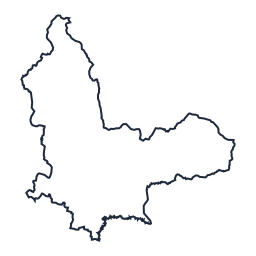 Chawang, Nakhon Si Thammarat, Thailand
{"feature_id": "78962969B73992602803930", "entity_name": "Chawang", "entity_type": "district", "adm_level": 2, "iso_a3": "THA", "parent_name": "Thailand", "parent_adm1": "Nakhon Si Thammarat", "projection": "albers", "projection_center": [99.536, 8.499], "detail": "fine", "context": "isolated", "style": "outline", "palette": "slate", "viewbox_px": 256, "rotation_deg": 0, "n_neighbors": 0, "source": "geoboundaries", "source_scale": "gbopen_adm2", "svg_char_len": 5754}
<svg xmlns="http://www.w3.org/2000/svg" viewBox="0 0 256 256"><path d="M229.7,160.8L231.4,160.0L232.4,158.8L231.5,155.8L231.7,153.9L231.2,152.1L232.0,150.1L232.8,149.5L233.2,147.2L234.0,146.4L234.5,145.1L234.6,143.9L233.2,142.2L233.6,140.0L228.0,139.8L224.6,138.1L222.7,135.8L220.4,134.6L218.6,132.5L218.3,128.6L217.4,127.0L213.0,122.2L211.2,121.8L210.5,120.4L204.0,118.5L199.1,117.8L198.4,117.2L197.8,115.5L195.6,114.7L192.1,114.5L190.2,113.5L188.8,113.7L184.6,118.6L183.9,120.0L181.8,120.7L180.5,122.5L178.5,123.0L176.9,124.1L176.5,125.3L175.0,127.0L175.1,128.3L172.9,129.0L170.3,128.7L168.2,131.6L167.7,131.6L167.3,130.9L165.8,131.4L164.7,129.2L163.6,129.6L163.0,129.0L159.9,128.2L158.3,128.6L155.7,128.2L152.1,134.9L149.9,137.1L149.1,139.3L147.7,139.4L145.7,138.7L143.0,140.7L139.9,138.8L140.7,134.5L139.9,130.6L139.0,129.1L136.1,129.2L134.2,129.9L130.9,129.0L126.4,124.2L123.6,124.0L121.5,125.8L120.8,127.1L118.8,128.4L116.9,128.2L113.4,129.0L110.9,128.8L109.2,129.9L107.7,129.5L106.4,128.3L103.9,127.7L103.6,127.1L103.8,124.2L103.1,122.0L103.3,121.0L101.4,117.9L101.8,116.7L100.6,108.0L99.6,105.4L99.3,101.8L98.0,98.7L98.1,94.3L99.0,92.6L99.0,89.3L99.3,88.5L98.6,86.3L98.3,82.8L97.5,82.1L97.3,79.9L96.7,79.3L96.1,79.4L94.3,80.6L92.7,80.5L92.0,79.0L90.4,77.7L89.3,74.3L89.2,71.2L90.7,67.5L93.2,64.7L91.5,62.6L89.4,61.4L89.1,59.0L87.0,56.6L87.1,55.6L86.2,54.7L86.3,53.8L85.3,53.1L83.8,50.3L81.9,49.2L81.6,44.6L80.8,43.2L79.1,41.9L75.9,41.1L72.6,39.0L71.1,37.7L70.2,35.7L67.1,33.4L66.2,30.2L67.1,27.9L66.0,25.6L65.9,24.4L67.0,23.2L70.2,22.4L68.5,19.8L68.5,18.9L69.1,18.2L66.3,17.8L64.6,18.8L63.6,18.9L61.1,17.6L60.1,15.6L58.3,15.4L56.3,16.2L55.5,17.6L51.6,21.3L51.4,23.8L49.6,26.6L47.2,29.4L48.0,32.4L47.0,34.8L46.8,37.4L47.2,38.5L50.7,42.2L52.0,44.7L53.1,47.7L52.7,50.1L51.6,51.1L49.9,54.2L48.6,54.3L47.7,53.7L47.1,54.6L45.2,54.6L42.6,53.7L41.8,54.7L40.8,57.3L42.0,57.9L41.1,60.3L38.6,61.3L37.5,62.3L36.5,64.4L36.8,64.8L36.3,65.7L35.5,65.8L34.4,65.1L32.8,65.4L32.2,68.4L30.8,68.9L30.7,69.8L28.8,70.1L27.7,72.2L27.5,73.8L26.6,74.9L25.7,74.8L25.7,75.5L24.2,76.2L23.2,75.8L23.2,76.8L22.2,77.6L21.4,79.5L22.3,80.9L22.8,84.9L24.0,85.4L23.9,87.1L24.5,88.1L24.4,88.6L27.3,89.2L28.4,90.0L28.7,91.4L29.8,91.4L30.1,92.2L30.9,92.5L32.2,102.3L31.7,107.8L34.3,111.3L32.7,114.5L31.6,115.8L30.5,119.4L30.5,121.0L31.3,123.6L32.5,125.2L35.4,126.2L37.1,126.3L38.9,125.3L42.0,125.5L42.5,126.1L44.6,126.3L44.6,127.5L43.6,129.5L43.9,130.8L43.7,135.0L42.5,135.8L41.9,137.7L42.2,138.4L41.3,138.3L41.1,139.6L42.1,140.4L41.4,141.6L41.8,142.8L41.5,143.8L44.8,146.4L43.8,153.0L43.8,155.8L44.4,157.2L43.9,159.0L45.3,160.2L46.8,160.8L47.5,161.8L47.1,162.9L50.3,165.1L51.8,167.2L51.3,172.8L50.1,176.4L49.2,177.8L48.0,177.6L44.7,175.0L40.3,173.6L39.1,173.4L37.6,174.4L36.6,176.6L36.0,180.6L33.4,181.0L33.2,182.1L34.2,183.8L34.6,185.6L34.0,186.6L34.6,190.1L33.7,190.9L33.3,192.0L31.4,191.2L31.4,190.6L29.4,190.1L27.6,191.4L26.3,192.9L28.8,197.4L30.3,196.8L31.4,197.0L33.5,198.6L34.8,200.6L35.0,198.5L35.8,198.2L37.4,198.7L38.6,198.2L41.0,195.5L41.8,193.6L42.9,193.7L46.1,196.1L48.2,196.5L48.8,196.2L49.0,194.4L49.5,194.3L50.1,195.0L50.7,198.0L52.0,199.2L51.6,201.4L52.2,202.4L55.9,202.8L58.2,204.2L61.8,204.7L63.1,202.7L64.4,202.7L64.8,203.6L64.2,205.3L64.8,206.8L66.1,207.6L68.0,207.6L67.1,210.9L71.4,212.1L71.3,213.3L72.8,213.7L72.5,217.3L73.1,219.8L72.1,222.2L70.9,223.8L71.2,225.1L70.3,228.2L74.5,228.9L75.3,229.5L78.4,229.7L79.1,228.0L84.1,226.8L84.1,229.0L85.2,229.5L87.8,229.7L87.7,230.5L88.8,231.3L90.8,231.7L91.0,233.5L90.6,236.5L91.7,236.7L91.8,239.7L93.5,239.5L94.0,239.0L96.1,239.1L96.9,239.8L99.2,240.6L99.6,238.7L98.8,238.1L98.5,238.3L99.6,235.2L99.2,234.6L98.6,234.6L98.3,233.9L98.6,233.7L97.7,232.8L99.1,232.6L99.0,232.2L99.6,232.1L99.7,231.4L100.1,231.4L100.7,230.4L101.2,230.3L101.3,229.6L100.8,229.6L100.8,229.2L101.7,229.1L100.4,227.5L101.3,228.0L101.9,227.6L102.7,228.2L102.9,226.8L102.1,226.5L102.4,225.7L103.3,226.0L103.7,225.7L103.6,226.3L104.9,225.6L105.7,223.4L104.2,223.1L105.0,222.3L105.1,221.1L105.6,220.1L104.6,219.6L104.4,220.0L102.9,219.6L102.5,218.8L103.6,217.8L104.5,218.4L104.8,217.2L105.2,217.5L105.8,217.2L106.3,218.4L106.8,218.2L108.3,219.0L109.6,217.1L110.6,217.9L110.5,216.1L112.1,217.2L113.7,217.6L113.7,216.1L114.2,215.9L114.8,217.6L116.2,217.1L116.8,217.9L117.9,216.9L119.2,217.5L118.6,216.8L120.0,215.8L120.8,216.6L121.3,216.4L121.9,217.9L123.1,218.7L123.9,218.5L124.8,219.0L126.1,218.4L127.1,219.0L127.4,218.5L128.4,218.8L128.5,218.4L128.1,218.4L128.3,218.0L129.6,218.1L129.6,217.1L130.4,218.1L130.5,217.1L133.4,216.5L135.0,217.3L135.3,218.7L136.3,218.1L137.7,218.3L137.8,219.6L138.7,218.6L139.6,218.8L140.5,218.3L141.3,219.6L142.0,219.2L142.1,220.2L143.5,219.6L142.9,221.0L144.0,221.1L144.8,222.2L145.4,222.2L145.5,223.2L146.6,222.8L147.3,223.1L147.9,222.7L148.0,223.4L148.7,223.7L150.4,223.9L151.0,223.3L150.2,220.6L143.9,213.2L143.7,206.0L144.7,204.1L147.3,200.7L147.9,199.3L146.6,190.1L147.0,189.7L146.8,188.6L147.5,186.3L148.6,187.1L149.0,186.5L149.5,186.5L150.2,184.7L150.8,184.7L151.4,183.3L152.2,183.9L153.3,183.4L154.2,183.5L154.7,184.0L155.3,183.2L156.5,183.1L158.0,183.7L158.5,182.6L160.4,183.3L161.0,182.6L161.0,182.0L162.2,181.7L162.8,182.2L165.5,182.2L166.2,183.0L167.0,183.3L167.3,184.1L168.2,183.9L168.9,182.9L169.9,183.1L170.3,182.3L175.3,179.9L175.0,178.3L175.9,175.9L176.8,174.7L177.6,174.4L179.1,174.7L179.6,175.4L181.3,176.1L183.6,178.3L185.3,177.7L186.0,179.2L187.8,178.5L191.0,179.4L192.1,178.7L192.5,177.6L195.9,175.4L198.1,175.7L199.7,176.9L205.7,177.4L207.7,175.2L209.9,174.8L212.7,173.5L213.9,173.8L214.8,172.7L216.5,172.1L217.4,170.8L218.5,170.7L219.0,170.0L222.6,171.1L223.5,170.9L223.8,171.4L228.7,169.8L229.2,168.3L229.1,165.9L229.6,165.3L229.7,160.8Z" fill="none" stroke="#1e293b" stroke-width="2"/></svg>